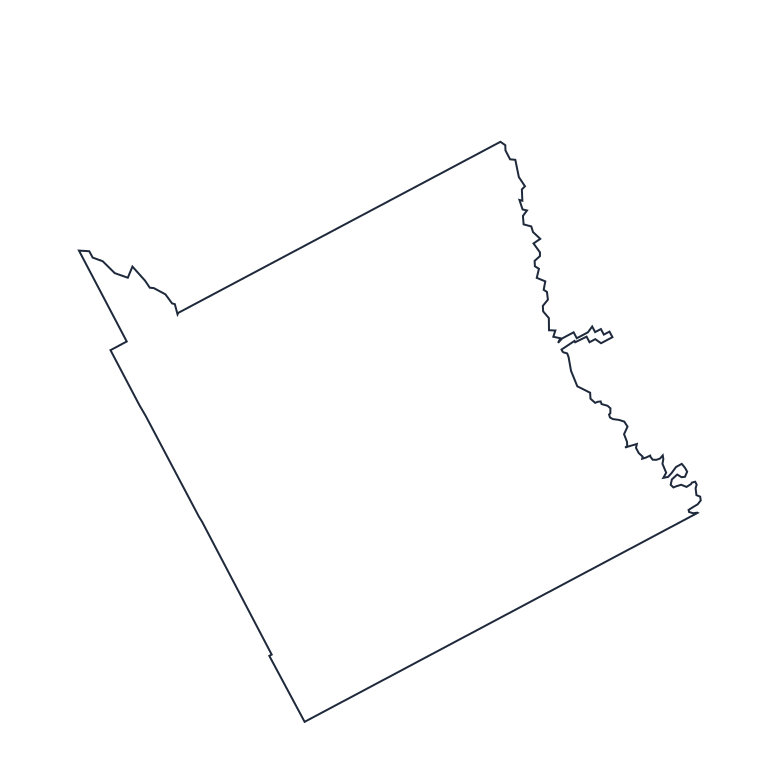 outline of Emery, Utah, United States of America, rotated 332°
{"feature_id": "52423323B48025337420710", "entity_name": "Emery", "entity_type": "district", "adm_level": 2, "iso_a3": "USA", "parent_name": "United States of America", "parent_adm1": "Utah", "projection": "natural_earth1", "projection_center": [-110.277, 39.102], "detail": "fine", "context": "isolated", "style": "outline", "palette": "slate", "viewbox_px": 768, "rotation_deg": 332, "n_neighbors": 0, "source": "geoboundaries", "source_scale": "gbopen_adm2", "svg_char_len": 2014}
<svg xmlns="http://www.w3.org/2000/svg" viewBox="0 0 768 768"><g transform="rotate(332 384 384)"><path d="M155.3,640.6L155.3,645.0L419.4,645.0L600.4,645.0L600.2,644.7L596.4,643.3L593.3,640.3L593.8,638.2L598.5,637.8L604.4,637.5L609.0,635.5L610.3,631.9L607.7,628.8L610.2,622.3L612.8,619.7L612.9,616.4L609.6,615.6L608.1,616.5L602.8,616.9L599.1,612.5L594.0,611.5L591.0,611.2L589.8,607.6L593.4,603.4L600.4,601.6L603.0,606.0L606.2,607.2L610.5,603.8L610.4,599.2L609.4,594.3L602.8,594.4L596.0,597.7L591.1,599.4L586.6,598.0L591.5,594.8L592.4,585.2L595.4,581.4L596.6,577.9L592.7,579.4L588.9,578.8L585.7,577.0L585.1,573.4L585.4,572.2L580.4,571.9L576.9,571.2L578.3,569.5L576.5,564.6L576.5,558.7L579.1,555.7L571.6,554.1L567.0,553.3L569.6,553.0L571.4,549.2L572.4,541.0L579.0,536.0L578.5,530.0L574.7,526.1L569.6,522.4L567.8,519.6L568.4,516.6L570.1,516.1L572.5,511.8L571.2,508.2L566.7,503.9L567.1,501.1L564.2,500.0L561.6,499.8L559.4,493.9L561.9,488.5L553.6,476.8L555.3,460.2L559.6,446.9L560.1,443.0L557.3,440.3L556.9,439.3L556.9,436.9L572.4,435.4L572.4,436.9L585.1,437.3L585.1,443.6L591.6,443.6L594.8,449.9L607.7,449.9L607.7,443.6L601.3,443.6L601.3,437.3L594.8,437.3L594.8,431.0L588.3,434.1L575.7,434.1L575.7,427.4L562.6,427.4L557.0,429.4L561.2,426.4L555.7,421.8L560.4,417.2L554.9,414.0L560.5,403.2L558.6,394.6L560.9,389.6L568.3,386.5L571.1,379.2L569.2,375.8L574.6,369.1L568.7,362.0L574.9,355.0L572.5,350.9L574.8,346.0L581.7,344.3L583.5,341.0L582.0,330.1L590.1,329.2L586.9,319.8L588.0,314.0L582.2,308.6L585.6,300.8L591.7,297.9L588.3,294.9L590.0,285.1L592.2,287.1L597.1,276.9L601.3,275.6L600.2,264.6L605.2,247.7L600.8,244.8L600.9,234.8L603.2,230.1L600.5,224.8L436.7,224.7L235.8,224.6L234.4,225.6L236.8,215.3L234.7,213.3L233.1,202.2L225.8,191.3L222.4,189.0L221.5,180.5L217.0,162.2L207.7,169.9L198.3,159.7L193.3,143.6L186.1,135.6L186.1,128.4L177.3,123.0L176.8,225.7L158.4,225.7L158.3,245.0L158.1,288.0L158.6,300.5L158.3,414.2L158.7,420.5L157.8,570.2L155.1,570.2L155.3,640.6Z" fill="none" stroke="#1e293b" stroke-width="2"/></g></svg>